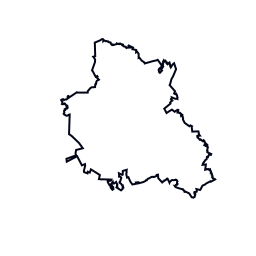 outline of Durango, Durango, Mexico, rotated 64°
{"feature_id": "50627088B41619620230595", "entity_name": "Durango", "entity_type": "district", "adm_level": 2, "iso_a3": "MEX", "parent_name": "Mexico", "parent_adm1": "Durango", "projection": "mercator", "projection_center": [-104.689, 23.911], "detail": "fine", "context": "isolated", "style": "outline", "palette": "ink", "viewbox_px": 256, "rotation_deg": 64, "n_neighbors": 0, "source": "geoboundaries", "source_scale": "gbopen_adm2", "svg_char_len": 5677}
<svg xmlns="http://www.w3.org/2000/svg" viewBox="0 0 256 256"><g transform="rotate(64 128 128)"><path d="M79.0,75.4L77.3,84.7L76.3,84.5L73.6,86.1L69.6,87.0L69.6,87.7L66.0,85.9L63.3,86.4L63.5,87.5L61.4,86.5L59.2,89.4L58.0,88.2L53.5,91.7L56.6,90.9L55.3,93.6L55.5,94.2L55.1,94.5L54.1,94.4L53.5,95.2L53.4,95.2L53.0,95.6L52.9,95.9L52.5,96.2L52.3,96.0L51.8,96.2L51.3,96.1L51.2,96.3L51.0,96.0L50.6,96.1L50.3,96.6L50.4,97.0L49.5,97.4L49.2,97.9L48.9,98.0L48.7,98.0L48.5,98.6L48.8,99.0L48.4,99.8L48.0,99.9L47.8,100.6L47.3,100.9L47.6,101.1L47.1,104.4L46.7,105.5L46.1,105.3L45.9,106.2L45.2,106.4L44.6,106.5L43.8,106.1L43.3,106.4L42.3,107.8L41.9,107.7L41.5,107.8L41.1,108.6L40.4,109.2L40.2,110.0L39.6,110.5L38.7,111.0L39.0,112.0L38.5,111.7L37.3,111.5L36.7,112.2L37.0,114.8L36.7,120.4L49.1,126.0L48.7,128.0L51.9,127.5L54.2,128.7L60.5,135.1L61.4,134.8L67.8,134.6L67.8,132.9L68.5,132.8L69.0,133.9L71.8,133.0L71.9,135.3L73.0,136.6L73.7,136.8L74.5,137.6L74.2,137.9L74.5,138.3L76.8,139.7L75.5,142.9L75.6,144.2L77.2,147.9L78.5,148.7L73.9,158.1L73.5,158.3L74.8,167.9L73.5,167.4L73.1,167.5L73.0,168.1L73.2,168.4L73.7,168.5L75.2,169.8L75.4,170.9L74.9,171.6L74.8,173.3L73.7,173.6L73.7,174.1L73.4,174.7L73.6,175.8L75.8,175.5L76.7,176.2L77.0,176.3L77.5,176.9L77.9,176.6L78.0,175.5L78.4,175.2L78.1,174.7L78.1,174.2L78.8,173.9L79.7,173.8L80.4,173.5L81.2,173.5L81.4,172.8L81.8,172.9L82.5,173.1L82.5,173.9L83.3,173.6L83.3,173.8L82.7,174.1L83.7,174.4L83.9,174.7L83.3,176.1L83.3,176.6L84.3,176.8L84.2,177.3L84.6,178.0L86.2,178.5L87.0,179.6L87.7,179.5L88.3,179.2L88.5,178.8L89.5,178.4L90.2,177.6L90.3,176.0L90.1,175.3L90.3,174.5L107.7,183.7L110.5,182.1L120.0,178.6L126.4,177.5L125.0,184.3L127.8,186.3L129.8,186.6L128.7,196.8L131.4,197.8L131.1,186.1L141.4,185.8L141.6,182.5L143.1,183.0L147.1,186.4L148.4,186.8L151.0,184.3L149.7,183.3L151.3,181.9L148.9,179.5L157.9,173.9L161.2,176.5L161.7,175.6L162.3,174.9L163.3,172.7L167.1,165.5L167.7,166.2L167.8,166.7L166.7,169.5L167.9,169.9L171.1,169.7L171.1,169.0L171.5,169.0L174.3,169.7L176.7,169.1L176.5,167.8L174.3,167.6L174.3,167.3L173.1,167.7L172.2,167.7L171.1,167.8L169.7,165.2L171.5,165.5L171.8,164.5L171.3,162.4L172.0,162.5L173.8,162.2L174.1,162.6L174.4,162.6L174.5,162.9L175.1,163.1L175.1,163.3L175.4,163.5L176.3,163.4L176.5,164.3L181.0,161.6L180.5,159.8L180.3,159.7L180.2,159.4L179.9,159.3L179.8,159.0L179.3,158.8L179.5,158.3L179.2,158.2L178.7,158.5L178.6,158.2L178.0,158.3L177.3,157.8L176.6,158.5L175.2,158.6L173.9,159.4L173.2,159.5L172.8,159.2L172.8,158.7L169.9,155.9L168.6,156.1L167.8,157.4L166.4,156.6L164.7,156.0L167.6,153.8L167.6,153.2L164.3,151.5L165.0,147.5L166.2,148.4L167.1,148.5L168.4,149.7L172.2,150.6L172.4,149.2L177.3,149.4L180.7,148.8L181.8,144.6L180.5,144.7L181.3,142.4L182.4,142.5L183.3,138.0L183.3,135.6L182.8,134.8L183.2,134.0L182.8,133.5L182.3,132.4L182.5,131.9L182.3,128.2L182.8,126.9L183.2,126.7L183.5,125.8L183.6,123.7L182.7,122.8L183.1,121.5L186.3,122.8L191.8,121.2L191.3,120.4L191.7,119.8L191.6,119.3L191.4,118.8L191.1,118.4L191.3,118.1L191.1,116.9L191.2,115.9L190.7,115.5L190.6,115.0L190.8,114.7L192.3,114.6L195.3,114.7L195.1,114.5L194.7,114.1L194.7,113.6L194.1,111.8L194.1,111.2L194.9,109.8L195.3,108.6L195.9,107.5L195.7,107.4L195.9,107.2L197.6,106.9L198.3,107.8L199.6,108.3L200.0,108.0L200.4,108.4L200.1,108.8L200.4,109.7L200.1,109.7L200.1,110.0L200.5,110.3L200.7,110.9L201.3,111.0L201.0,111.3L201.8,111.2L203.3,109.9L205.3,107.8L207.2,105.5L207.5,105.7L207.9,105.6L207.9,105.4L208.3,105.2L208.6,105.2L209.2,104.9L209.3,105.1L210.2,105.2L210.9,103.8L213.7,101.6L218.1,101.1L219.3,99.7L219.1,99.1L219.2,98.6L219.1,98.2L218.6,98.1L217.5,96.8L216.9,96.6L216.8,96.4L216.2,96.4L216.6,96.9L216.2,97.1L214.8,96.6L214.7,96.2L215.2,95.2L215.3,94.1L214.3,93.6L212.9,93.3L215.3,90.4L214.7,89.2L213.9,88.4L213.3,87.3L212.8,86.9L212.4,85.8L212.6,83.9L212.2,82.4L212.0,77.3L212.6,77.1L212.4,72.2L212.1,72.3L211.9,73.3L210.8,73.2L210.5,73.7L209.3,74.0L208.9,73.8L208.8,73.5L208.5,73.5L208.3,73.1L207.3,73.0L206.7,73.3L206.2,72.9L205.8,73.0L205.7,72.7L205.3,72.7L204.6,73.3L204.1,72.7L203.3,72.4L201.7,73.2L201.8,72.8L201.7,72.5L201.3,72.4L201.4,72.8L200.9,72.7L200.4,73.7L199.9,74.0L199.8,75.3L199.5,75.4L199.3,76.9L194.9,74.0L193.8,77.1L192.5,75.8L192.0,74.9L192.0,74.6L191.3,73.6L191.0,72.7L190.7,72.5L190.5,71.0L188.6,69.7L188.7,69.3L188.5,68.6L188.9,68.5L187.2,66.5L188.5,65.3L187.9,64.6L184.6,67.3L183.6,66.6L183.1,66.9L180.2,64.6L176.9,66.9L176.6,66.1L177.5,65.5L177.3,65.2L178.3,64.5L178.1,64.1L175.5,65.0L174.9,65.5L173.7,65.0L173.0,65.8L172.5,65.3L172.1,65.4L172.5,66.7L170.0,67.8L170.2,68.5L167.4,69.4L166.7,69.2L166.6,69.6L166.1,69.5L165.5,69.2L166.4,66.7L164.4,67.1L164.0,66.7L161.9,66.2L159.4,71.8L154.5,70.1L154.4,69.8L153.0,70.8L153.3,72.1L148.3,74.8L144.3,74.9L143.5,74.2L140.6,73.7L140.7,75.0L139.7,74.8L139.7,73.6L137.1,74.7L136.8,75.0L136.9,75.4L136.4,75.6L135.8,76.7L133.9,74.9L133.4,75.3L133.6,77.6L133.9,78.9L130.7,80.5L131.4,86.8L126.5,86.9L124.7,79.1L123.6,79.0L123.0,77.5L122.8,76.1L122.1,76.3L121.8,76.3L121.4,76.7L120.9,76.8L120.1,75.3L119.7,75.2L122.2,73.0L122.9,72.0L122.9,71.5L123.5,70.9L122.5,70.6L122.3,70.1L120.9,69.9L120.0,69.6L119.7,69.8L118.2,69.7L118.2,70.8L117.2,71.4L115.6,69.6L107.7,71.8L106.9,70.8L103.3,67.7L101.2,64.7L96.2,59.0L90.0,58.2L90.4,59.8L92.3,63.0L90.6,63.0L89.8,62.4L87.3,62.0L87.4,62.7L87.7,62.8L87.5,63.1L87.8,64.4L88.1,64.4L88.1,64.6L87.3,64.8L87.5,64.4L87.2,64.1L83.6,65.0L83.5,65.5L83.6,66.4L83.0,66.4L83.7,67.3L84.5,66.9L85.0,68.5L85.3,68.6L85.6,68.8L86.0,68.6L86.3,69.0L86.8,69.0L87.1,69.4L88.2,69.4L90.2,72.8L91.3,72.3L92.4,75.1L92.2,75.4L91.5,75.5L89.2,75.0L88.3,73.8L87.8,71.2L87.2,70.8L87.0,70.2L79.7,71.4L79.7,72.9L79.0,75.4Z" fill="none" stroke="#020617" stroke-width="2"/></g></svg>